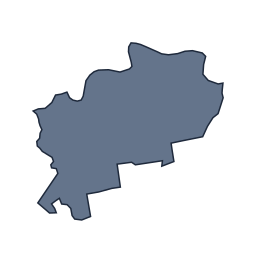 the district of Encantado, Rio Grande do Sul, Brazil, rotated 261°
{"feature_id": "56859067B80302788565563", "entity_name": "Encantado", "entity_type": "district", "adm_level": 2, "iso_a3": "BRA", "parent_name": "Brazil", "parent_adm1": "Rio Grande do Sul", "projection": "orthographic", "projection_center": [-51.92, -29.215], "detail": "fine", "context": "isolated", "style": "filled", "palette": "slate", "viewbox_px": 256, "rotation_deg": 261, "n_neighbors": 0, "source": "geoboundaries", "source_scale": "gbopen_adm2", "svg_char_len": 1248}
<svg xmlns="http://www.w3.org/2000/svg" viewBox="0 0 256 256"><g transform="rotate(261 128 128)"><path d="M157.5,228.8L157.4,223.9L162.4,214.7L169.3,210.4L178.8,212.6L186.6,215.9L190.5,213.1L194.3,203.8L194.9,196.2L193.7,188.7L194.0,179.4L196.0,172.8L198.2,169.6L201.1,165.1L203.5,161.4L205.5,158.3L208.5,153.5L210.4,149.2L211.6,144.3L208.0,141.4L203.2,140.4L192.4,141.5L188.2,141.5L186.1,138.7L184.5,128.9L188.6,117.9L189.8,107.9L188.9,103.3L186.2,98.6L181.3,93.9L166.4,88.7L162.9,86.1L162.5,82.1L164.2,77.9L167.1,75.0L173.0,73.3L171.9,67.4L171.9,61.6L165.1,56.8L160.4,49.3L160.9,42.4L159.6,37.0L156.0,40.0L151.0,41.1L147.7,41.0L144.1,41.5L139.8,42.7L136.6,40.4L131.7,39.1L129.0,35.8L124.4,35.6L121.8,37.8L118.3,39.7L114.2,44.5L110.9,48.4L106.6,49.2L103.7,46.0L100.6,46.3L99.1,50.8L94.1,51.6L68.1,27.2L56.3,37.2L55.5,43.9L59.9,43.0L65.0,40.6L67.5,45.3L69.3,49.2L63.3,50.6L61.8,55.9L57.5,58.9L50.3,59.1L46.4,61.1L44.4,67.9L46.5,77.2L69.2,76.9L69.4,89.0L70.9,102.6L70.8,111.2L94.0,111.6L93.6,126.2L90.5,129.5L90.3,156.9L85.0,155.4L87.7,168.1L99.6,168.1L106.3,168.2L106.9,180.3L107.7,200.4L117.3,206.8L124.9,213.5L128.1,219.2L137.4,223.9L143.0,226.7L147.7,226.3L151.1,227.1L157.5,228.8Z" fill="#64748b" stroke="#1e293b" stroke-width="1.5"/></g></svg>